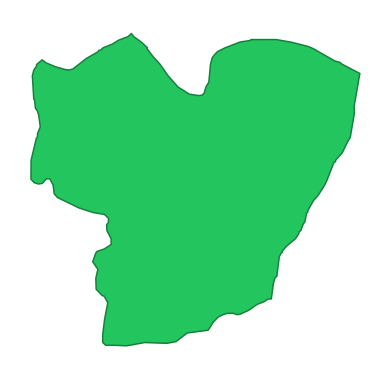 outline of Patzún, Chimaltenango, Guatemala, rotated 182°
{"feature_id": "79465075B61157694740062", "entity_name": "Patzún", "entity_type": "district", "adm_level": 2, "iso_a3": "GTM", "parent_name": "Guatemala", "parent_adm1": "Chimaltenango", "projection": "mercator", "projection_center": [-91.025, 14.656], "detail": "fine", "context": "isolated", "style": "filled", "palette": "green", "viewbox_px": 384, "rotation_deg": 182, "n_neighbors": 0, "source": "geoboundaries", "source_scale": "gbopen_adm2", "svg_char_len": 1828}
<svg xmlns="http://www.w3.org/2000/svg" viewBox="0 0 384 384"><g transform="rotate(182 192 192)"><path d="M346.4,318.8L351.7,314.1L351.8,312.4L354.4,308.2L355.6,302.5L353.4,279.5L352.5,278.1L351.4,270.2L349.3,267.5L347.8,263.1L345.9,251.8L348.4,245.2L348.4,241.7L349.4,240.3L353.9,218.3L353.4,199.2L350.2,195.9L345.8,194.6L341.9,195.4L338.0,200.1L334.6,200.2L331.0,194.0L329.7,185.4L326.1,181.7L304.4,172.1L290.0,168.0L278.7,166.5L274.5,162.7L274.5,158.6L276.2,156.4L275.7,150.6L271.2,142.4L271.0,136.7L277.9,131.9L284.7,129.4L286.1,127.5L288.8,118.7L283.4,111.5L285.1,102.4L284.4,91.5L278.2,85.4L276.2,84.8L272.3,78.4L274.9,61.9L276.3,45.9L275.9,38.4L272.9,35.8L265.0,36.1L252.3,36.0L247.3,37.0L234.0,39.9L211.8,39.9L202.8,41.9L191.9,50.9L171.0,54.5L166.2,62.6L161.6,67.8L157.6,70.1L152.9,71.9L146.6,72.2L142.8,71.0L139.9,71.4L130.8,76.0L123.1,81.9L116.3,84.8L112.2,87.7L109.0,87.9L107.5,103.1L106.2,108.7L104.3,110.8L102.5,130.3L100.9,133.9L99.6,134.8L99.7,136.0L95.9,140.9L87.0,148.9L83.7,154.2L83.6,155.9L81.9,157.3L79.5,164.4L78.3,165.6L76.7,174.7L75.5,176.1L75.7,177.2L70.2,187.8L66.1,192.6L60.7,201.7L58.2,206.6L51.1,226.6L49.7,227.3L49.4,229.0L43.1,236.6L38.8,246.4L35.7,252.3L32.4,276.8L33.0,283.1L28.4,316.3L46.8,325.1L48.4,326.6L54.0,328.0L75.8,339.5L81.8,341.7L98.0,345.2L113.4,347.3L138.1,346.4L139.5,345.4L149.1,343.6L164.1,337.2L171.4,333.2L174.5,329.8L176.4,327.0L178.0,320.3L179.0,302.4L181.7,297.6L183.2,291.5L185.1,289.2L188.9,288.6L198.1,289.7L209.7,296.5L220.0,307.4L228.7,318.9L235.5,325.8L241.9,333.6L241.8,334.8L247.5,339.8L255.4,345.1L258.1,348.2L261.3,345.1L270.6,341.2L277.1,336.9L285.9,333.0L288.3,330.6L289.9,330.4L290.8,328.9L302.2,321.8L315.2,310.9L317.0,310.3L319.1,309.6L323.1,310.0L332.5,312.3L342.7,316.1L344.5,317.6L346.4,318.8Z" fill="#22c55e" stroke="#15803d" stroke-width="1.5"/></g></svg>